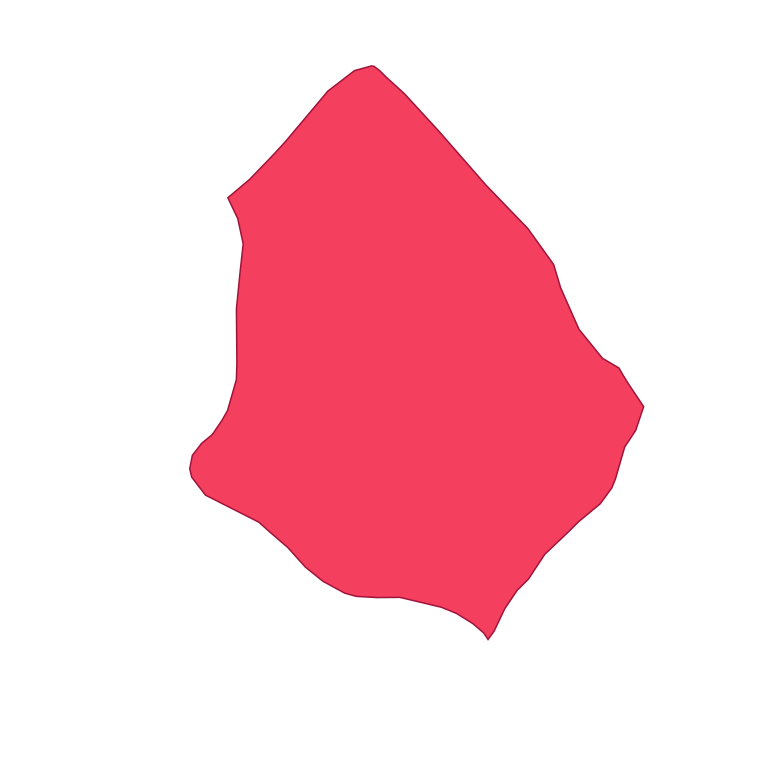 the district of Chinique, Quiché, Guatemala, rotated 52°
{"feature_id": "79465075B24163547134196", "entity_name": "Chinique", "entity_type": "district", "adm_level": 2, "iso_a3": "GTM", "parent_name": "Guatemala", "parent_adm1": "Quiché", "projection": "albers", "projection_center": [-91.02, 15.068], "detail": "fine", "context": "isolated", "style": "filled", "palette": "rose", "viewbox_px": 768, "rotation_deg": 52, "n_neighbors": 0, "source": "geoboundaries", "source_scale": "gbopen_adm2", "svg_char_len": 974}
<svg xmlns="http://www.w3.org/2000/svg" viewBox="0 0 768 768"><g transform="rotate(52 384 384)"><path d="M649.4,459.3L646.6,449.5L635.4,427.1L628.6,406.2L626.7,390.4L617.2,362.2L614.0,329.1L612.3,315.3L611.5,287.4L606.2,268.6L601.4,260.2L581.9,233.2L575.5,214.2L561.7,193.3L534.7,191.3L524.4,190.2L516.1,189.0L498.3,196.0L461.0,196.7L417.0,185.6L394.4,176.8L349.9,174.9L341.6,175.8L290.1,181.2L229.6,184.5L218.8,185.1L167.8,189.2L143.2,193.4L134.2,194.5L127.5,196.3L125.5,198.2L124.2,201.6L118.9,214.2L118.6,247.9L121.2,259.9L132.3,312.5L135.4,331.3L140.0,363.8L141.1,392.4L163.6,397.4L186.9,408.7L207.3,428.6L234.0,454.1L277.4,487.4L289.7,497.7L308.5,523.5L312.9,534.1L318.1,550.3L318.5,564.4L322.2,578.9L331.1,589.2L339.0,592.9L361.7,593.1L415.9,567.7L431.5,564.9L453.6,560.5L479.9,558.7L502.1,553.5L524.7,543.7L534.4,536.5L547.9,521.1L561.9,502.9L595.3,476.2L609.5,468.1L627.6,461.5L641.7,458.7L649.4,459.3Z" fill="#f43f5e" stroke="#9f1239" stroke-width="1.5"/></g></svg>